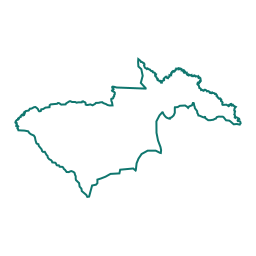 outline of Isidoro Noblía, Cerro Largo, Uruguay
{"feature_id": "84410073B42305174604514", "entity_name": "Isidoro Noblía", "entity_type": "district", "adm_level": 2, "iso_a3": "URY", "parent_name": "Uruguay", "parent_adm1": "Cerro Largo", "projection": "albers", "projection_center": [-54.072, -32.059], "detail": "fine", "context": "isolated", "style": "outline", "palette": "teal", "viewbox_px": 256, "rotation_deg": 0, "n_neighbors": 0, "source": "geoboundaries", "source_scale": "gbopen_adm2", "svg_char_len": 5755}
<svg xmlns="http://www.w3.org/2000/svg" viewBox="0 0 256 256"><path d="M239.7,124.6L240.0,124.0L240.6,123.4L240.4,122.1L239.9,121.3L239.4,121.1L237.9,121.1L237.6,120.7L237.6,120.2L238.4,119.1L239.2,119.0L239.1,118.7L236.5,117.3L235.4,117.3L235.2,117.8L234.7,117.5L234.7,117.1L235.1,116.3L234.9,115.2L234.3,114.5L234.7,113.9L234.6,112.8L235.1,111.6L235.0,111.1L234.8,110.8L234.4,110.8L234.2,110.4L234.5,108.7L235.0,107.8L235.8,106.9L235.6,106.8L234.7,106.4L234.5,106.5L234.0,105.9L233.6,105.8L233.3,105.3L232.3,105.5L232.4,104.7L232.0,104.7L231.9,105.1L231.4,105.1L231.0,104.6L231.3,104.1L231.2,103.9L230.5,104.0L229.8,104.8L229.1,104.9L229.0,105.5L229.3,105.7L228.7,106.2L226.5,104.7L222.7,104.9L222.4,104.7L222.2,103.9L222.6,102.5L221.9,101.4L221.4,101.4L221.0,101.0L220.9,99.8L221.1,99.6L220.4,99.0L220.5,98.6L220.2,98.4L219.2,98.8L218.3,97.7L217.9,97.7L217.7,97.5L217.4,97.0L217.3,96.4L216.7,96.0L217.0,95.7L216.9,95.2L216.5,94.9L215.9,93.9L214.9,94.0L214.6,93.3L213.0,92.9L211.9,93.1L211.9,92.5L211.4,92.6L210.6,93.0L210.1,93.0L209.7,92.6L209.9,92.3L209.9,92.1L208.7,91.3L208.0,91.0L207.0,91.4L206.3,90.4L205.0,89.7L204.4,89.8L204.0,90.5L203.4,90.4L203.2,90.7L202.1,89.9L201.1,90.1L200.8,88.8L200.2,88.3L199.4,88.1L198.8,85.6L197.4,84.3L197.5,83.3L197.9,82.6L198.3,82.7L198.6,83.3L199.1,83.3L199.3,82.9L199.0,82.6L199.3,82.4L199.3,82.0L200.1,81.9L200.2,81.3L199.8,81.1L199.9,80.8L200.3,80.8L200.6,81.2L200.8,81.0L200.4,78.2L199.9,77.7L198.6,78.0L198.4,77.5L199.1,77.2L198.3,76.2L197.9,76.7L196.3,76.2L195.7,76.5L194.8,75.6L194.6,75.9L194.2,75.9L193.8,76.2L193.5,76.1L193.4,75.8L193.0,76.0L192.7,75.8L192.1,76.2L191.3,75.6L191.3,75.1L190.7,75.4L189.6,74.8L188.9,75.4L188.4,74.7L188.1,75.2L187.6,75.1L186.8,74.3L186.8,72.7L184.1,72.8L183.7,72.1L184.7,72.4L185.1,71.6L184.7,71.2L183.6,71.5L183.2,71.2L184.1,70.6L184.0,70.3L183.7,70.1L183.3,70.4L182.2,70.1L181.6,70.3L181.6,69.1L180.7,68.6L180.1,69.1L178.9,69.3L179.2,68.3L178.7,68.1L178.4,68.2L178.4,68.6L178.2,68.8L176.3,68.6L176.3,69.1L175.7,69.4L175.8,69.9L175.6,70.1L175.1,70.4L174.8,71.1L173.9,71.0L173.7,71.8L173.1,71.6L172.8,71.2L172.1,71.7L171.9,72.0L171.9,72.6L171.2,73.1L171.5,73.8L171.1,74.2L171.1,74.9L170.6,74.6L170.3,75.1L169.8,75.2L169.7,75.7L169.4,75.5L169.3,76.7L168.2,77.6L168.0,78.2L167.1,78.0L166.3,77.1L166.4,76.7L165.8,76.7L163.7,78.7L163.7,79.3L164.1,79.6L164.1,80.2L163.6,80.5L161.6,81.1L161.4,81.7L161.8,81.9L161.9,82.6L161.1,82.7L160.4,80.9L159.4,81.2L159.1,80.7L158.3,80.1L157.8,80.2L157.3,79.7L157.3,79.3L157.7,78.9L157.7,78.7L156.8,78.2L156.6,77.4L155.4,76.3L156.1,74.3L155.4,74.0L155.1,74.2L155.1,73.3L154.6,72.7L152.9,72.3L152.7,71.4L152.3,71.4L152.0,71.0L151.2,71.0L150.2,70.1L150.1,69.7L149.3,69.5L149.0,69.2L148.5,69.1L147.5,68.3L147.1,68.4L147.2,68.9L146.9,69.1L146.4,68.6L145.1,67.9L144.3,66.5L144.3,65.9L144.0,65.5L144.1,65.1L144.4,65.0L144.5,64.6L144.2,63.5L143.8,63.1L143.0,62.9L142.6,62.3L141.8,62.0L141.0,62.0L140.5,60.9L138.3,59.1L138.1,61.9L138.4,66.5L141.3,69.1L142.7,75.8L140.8,82.9L145.7,88.2L145.6,88.6L116.6,87.5L114.1,86.8L112.7,86.6L112.3,86.8L112.2,87.7L113.3,88.3L113.6,89.3L113.2,89.7L112.0,90.4L112.3,91.1L114.1,91.9L114.8,92.7L114.7,94.5L114.1,95.0L114.1,96.5L113.3,97.0L113.2,98.2L112.7,98.6L111.5,98.7L111.2,99.1L111.4,101.1L112.0,102.3L112.5,105.4L109.6,105.5L107.5,105.0L106.1,104.1L103.3,103.1L102.3,102.2L100.0,102.4L98.9,102.8L95.9,102.9L95.0,103.9L92.6,105.3L90.3,104.4L88.1,104.9L86.9,105.0L85.7,104.6L85.5,102.8L84.9,102.2L83.7,101.8L83.1,101.3L82.2,101.5L81.8,102.3L78.3,102.3L76.6,102.7L75.2,102.0L72.0,102.0L70.4,101.2L69.5,101.3L66.1,103.4L65.6,104.4L61.2,104.6L59.2,103.2L58.0,103.0L57.0,103.8L50.7,104.4L49.7,105.2L49.5,107.2L45.4,107.6L43.1,109.1L41.3,109.3L40.8,111.0L39.7,111.3L39.0,111.2L38.4,110.3L38.0,109.2L36.7,107.9L35.4,107.0L34.0,107.2L31.5,108.6L29.9,108.7L28.6,110.6L25.9,111.0L24.4,112.1L25.0,112.5L24.7,113.3L24.1,113.5L24.4,114.2L24.1,114.9L23.3,114.7L22.9,114.9L22.9,115.4L22.5,115.4L22.2,114.6L21.7,114.9L21.8,115.4L20.7,116.1L20.7,117.0L19.7,117.3L19.1,117.8L19.0,118.4L18.5,118.2L18.0,118.6L18.0,119.6L16.8,120.0L15.7,121.3L15.4,122.6L15.7,122.9L16.1,122.5L16.6,122.8L16.9,124.6L16.3,125.2L16.3,125.9L17.5,125.7L18.1,126.3L17.6,126.7L17.7,127.5L17.4,127.5L17.4,128.3L17.9,128.4L18.0,129.2L18.4,130.3L24.5,130.6L28.2,131.3L29.4,133.1L31.0,134.3L33.8,135.5L34.9,137.2L35.5,140.3L36.4,143.2L36.9,143.7L38.4,144.2L38.8,145.9L41.6,149.3L42.1,151.1L43.1,151.9L44.8,151.8L46.5,154.9L47.5,155.8L47.8,157.6L49.3,159.3L51.0,160.1L51.8,161.0L52.3,162.4L55.2,162.7L55.8,163.2L56.7,165.2L57.4,165.4L58.8,165.3L59.4,166.1L59.6,166.7L62.4,166.9L63.2,167.5L63.8,168.9L65.0,169.8L66.6,172.0L68.8,172.1L70.4,171.3L71.5,171.1L73.6,172.0L74.6,173.0L75.0,174.8L75.7,176.2L75.7,178.8L76.0,180.1L79.1,183.1L79.6,186.6L81.4,188.6L81.8,191.1L86.3,194.9L87.3,196.9L89.1,196.6L92.1,185.5L96.0,184.7L97.4,183.1L97.4,179.6L100.9,178.5L105.5,176.7L110.5,173.9L119.4,173.4L120.2,169.7L133.2,168.5L135.6,170.5L135.8,170.1L136.6,163.3L138.5,158.6L141.6,154.0L147.6,150.7L155.8,150.7L159.9,152.8L160.8,153.0L161.1,150.2L160.5,147.1L158.0,140.4L156.5,132.8L156.4,121.4L159.5,115.4L162.3,112.3L162.8,112.4L163.6,114.3L165.2,116.4L166.5,117.6L168.7,118.5L169.9,118.7L170.1,117.8L171.4,117.5L173.6,115.5L174.8,112.8L174.8,107.9L174.9,107.3L177.7,107.1L179.8,105.8L185.1,105.5L187.0,106.7L188.1,107.9L189.2,106.4L192.0,105.3L192.9,103.0L193.6,103.0L193.9,103.6L194.2,105.7L194.7,106.8L194.9,108.2L197.1,111.1L197.3,113.0L197.9,113.9L198.4,115.5L199.3,115.6L203.3,117.3L204.1,117.3L204.7,116.9L205.1,117.0L205.3,118.1L208.2,120.2L210.2,120.2L213.5,119.7L214.5,119.0L215.9,118.6L216.7,117.2L218.5,116.6L222.8,116.7L223.6,117.2L226.0,120.3L229.2,120.6L230.3,121.3L233.7,124.3L236.9,124.0L239.7,124.6Z" fill="none" stroke="#0f766e" stroke-width="2"/></svg>